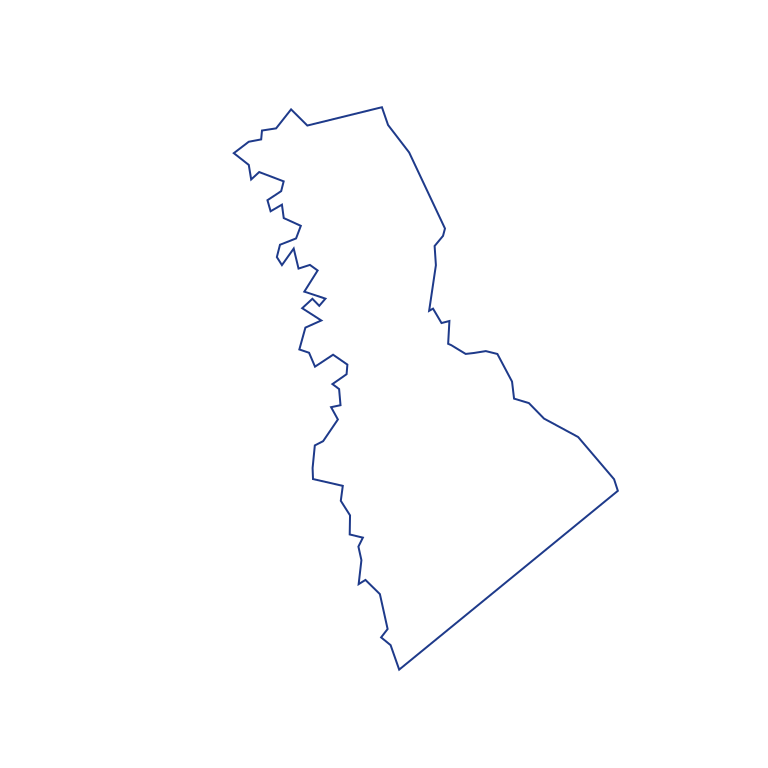 outline of Hanover, Virginia, United States of America, rotated 214°
{"feature_id": "52423323B54139086125962", "entity_name": "Hanover", "entity_type": "district", "adm_level": 2, "iso_a3": "USA", "parent_name": "United States of America", "parent_adm1": "Virginia", "projection": "equal_earth", "projection_center": [-77.399, 37.773], "detail": "fine", "context": "isolated", "style": "outline", "palette": "blue", "viewbox_px": 768, "rotation_deg": 214, "n_neighbors": 0, "source": "geoboundaries", "source_scale": "gbopen_adm2", "svg_char_len": 1210}
<svg xmlns="http://www.w3.org/2000/svg" viewBox="0 0 768 768"><g transform="rotate(214 384 384)"><path d="M244.7,172.3L232.5,171.2L211.7,155.7L170.0,294.3L130.4,426.2L140.0,433.7L193.4,448.6L232.0,444.8L253.2,449.2L268.0,444.6L279.2,457.6L306.8,472.3L318.0,468.2L326.8,460.0L333.1,454.6L350.1,453.8L353.3,453.2L365.0,472.8L370.4,466.7L385.5,473.9L387.5,469.9L407.4,511.5L419.2,526.7L417.9,539.8L420.4,547.0L492.6,590.0L525.5,601.0L540.5,612.3L592.1,555.4L614.6,559.7L616.4,535.6L626.9,525.9L622.6,518.1L631.6,509.2L637.6,491.4L618.6,490.0L608.5,479.3L606.0,489.9L580.5,495.9L577.1,486.4L583.4,471.2L574.6,463.8L568.9,475.6L559.9,465.5L541.4,468.6L538.3,455.5L548.1,441.3L543.8,429.3L535.1,425.5L534.6,445.8L519.4,431.9L512.0,441.3L502.5,441.0L501.7,416.0L480.3,422.0L481.4,412.6L491.0,414.6L494.2,401.1L471.5,401.6L480.7,386.8L473.5,365.3L463.6,368.0L450.9,359.8L442.6,379.8L425.2,379.6L420.5,371.2L426.7,355.1L418.4,354.7L408.2,342.1L414.9,335.2L402.4,328.8L402.5,302.6L407.0,294.4L396.2,274.4L389.7,265.5L361.2,276.5L354.5,263.0L338.7,256.1L328.3,240.1L315.6,244.8L314.3,234.9L304.2,225.3L293.1,203.9L289.8,211.2L269.9,207.5L244.0,182.9L244.7,172.3Z" fill="none" stroke="#1e3a8a" stroke-width="2"/></g></svg>